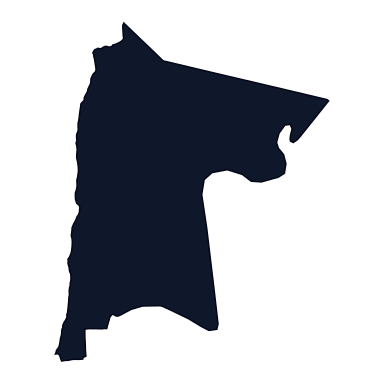 the district of Bahri, Khartoum, Sudan
{"feature_id": "16777658B15021592307574", "entity_name": "Bahri", "entity_type": "district", "adm_level": 2, "iso_a3": "SDN", "parent_name": "Sudan", "parent_adm1": "Khartoum", "projection": "equal_earth", "projection_center": [32.683, 15.975], "detail": "fine", "context": "isolated", "style": "filled", "palette": "ink", "viewbox_px": 384, "rotation_deg": 0, "n_neighbors": 0, "source": "geoboundaries", "source_scale": "gbopen_adm2", "svg_char_len": 2953}
<svg xmlns="http://www.w3.org/2000/svg" viewBox="0 0 384 384"><path d="M328.6,100.9L327.9,100.3L327.0,99.6L323.3,98.7L319.8,97.9L309.4,95.4L253.5,82.2L237.2,78.4L196.5,68.8L170.5,62.6L163.2,60.9L158.1,56.0L157.3,55.2L157.0,54.9L153.5,51.5L138.5,37.2L136.3,35.0L132.2,31.1L131.3,30.2L129.6,28.6L129.4,28.4L127.9,27.0L127.6,26.7L127.2,26.3L127.0,26.1L125.1,24.3L124.9,24.1L124.5,23.8L123.8,23.0L123.7,23.2L123.7,23.4L122.8,25.3L122.8,27.5L123.1,32.3L123.2,34.6L123.4,37.0L123.6,38.7L122.8,39.9L120.9,41.6L119.1,42.7L116.2,44.0L114.4,44.6L112.8,45.0L111.9,46.4L110.5,47.0L108.5,47.0L107.2,46.5L105.7,46.4L104.2,46.7L102.7,47.7L101.4,48.5L100.0,48.9L98.8,48.4L97.4,48.4L96.2,49.5L95.2,49.4L94.0,50.7L92.9,52.8L93.5,54.0L93.8,55.9L94.2,58.0L94.7,59.2L94.7,60.5L95.0,61.9L95.3,63.8L95.8,67.0L96.1,69.8L95.2,72.2L93.9,73.3L92.8,74.7L90.9,79.1L90.9,81.7L90.4,84.1L89.8,85.2L87.9,89.2L87.7,91.0L86.6,93.5L85.6,94.9L84.3,97.7L84.1,100.6L82.6,101.9L80.9,103.9L80.7,106.4L80.3,108.7L79.6,113.6L79.2,117.5L78.6,121.1L78.1,123.3L78.1,127.4L78.3,129.6L77.7,132.0L76.8,133.9L76.6,135.5L76.6,137.8L76.9,140.5L76.1,142.9L76.7,145.6L77.2,149.2L76.9,152.8L76.7,155.8L76.7,157.6L77.6,162.0L78.3,166.9L78.5,170.7L77.6,177.4L77.0,179.3L76.9,181.1L77.1,185.9L76.7,188.4L76.4,189.9L75.4,192.9L75.4,194.8L75.4,197.5L75.6,199.6L76.4,202.4L77.1,203.7L78.5,204.7L79.3,205.4L79.8,207.6L79.4,212.4L78.9,213.6L78.5,214.9L77.2,216.4L76.6,217.9L75.6,220.5L73.7,223.9L73.0,225.6L72.2,227.4L72.0,230.2L71.3,235.8L72.1,238.7L72.3,241.6L72.2,245.5L71.7,250.5L71.0,253.6L69.6,256.8L69.0,257.8L68.0,259.1L68.2,260.5L68.0,263.1L68.3,264.6L69.1,267.3L69.3,269.0L69.5,270.7L70.0,272.4L70.7,273.6L70.8,275.2L71.0,277.1L70.9,280.0L70.6,281.8L70.2,283.4L70.2,285.7L69.6,287.6L69.2,290.6L69.4,295.0L69.0,296.6L68.7,301.4L68.1,307.9L67.5,312.9L66.8,314.5L67.0,316.8L66.6,318.2L65.2,320.8L64.2,322.2L63.7,323.4L62.8,325.4L62.9,327.2L61.9,329.7L61.6,334.2L61.2,336.2L60.6,338.0L59.9,342.9L59.0,346.9L56.5,350.4L56.1,352.3L55.4,354.0L56.7,353.8L57.8,353.8L59.0,354.5L59.7,355.5L60.2,356.9L60.7,358.6L61.6,361.0L63.4,360.7L66.1,360.3L67.2,360.4L68.6,360.2L71.0,359.7L72.1,359.5L73.3,359.3L74.8,359.3L77.3,359.3L79.6,359.3L82.7,359.1L83.3,357.3L85.9,356.2L85.4,350.0L85.3,344.7L84.9,337.6L84.8,329.1L89.4,328.6L99.0,328.7L102.0,328.8L104.2,328.5L106.7,328.6L107.8,324.3L108.9,320.6L109.9,317.0L112.2,314.3L113.6,314.5L116.1,316.0L117.8,316.1L119.7,315.4L121.1,314.7L131.0,309.4L142.5,306.0L158.7,305.7L161.1,305.9L163.1,306.6L170.5,310.0L188.5,318.7L201.6,326.6L209.0,330.4L216.8,329.3L218.0,323.9L213.9,288.1L207.6,235.7L206.6,227.4L201.7,194.6L204.1,179.6L212.0,172.6L227.3,169.7L242.3,174.4L251.2,181.2L261.4,181.9L278.4,177.1L284.4,173.3L285.9,163.8L283.6,154.7L278.3,148.2L276.5,142.5L279.0,133.2L284.9,125.1L290.3,124.4L292.1,128.9L290.6,135.0L290.1,138.9L290.5,141.1L293.3,142.5L297.2,139.8L300.4,136.2L328.5,101.0L328.6,100.9L328.6,100.9Z" fill="#0f172a" stroke="#020617" stroke-width="1.5"/></svg>